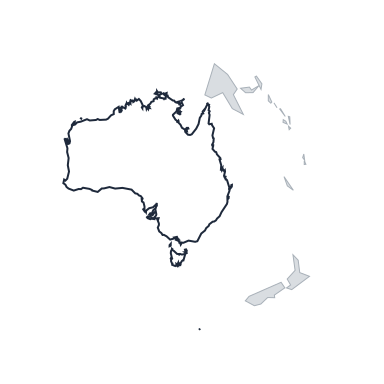 Oceania, with Australia highlighted, rotated 17°
{"feature_id": "AUS", "entity_name": "Australia", "entity_type": "country or territory", "adm_level": 0, "iso_a3": "AUS", "parent_name": "Oceania", "parent_adm1": "", "projection": "robinson", "projection_center": [137.073, -32.4], "detail": "fine", "context": "in_parent", "style": "outline", "palette": "slate", "viewbox_px": 384, "rotation_deg": 17, "n_neighbors": 5, "source": "natural_earth", "source_scale": "50m", "svg_char_len": 7328}
<svg xmlns="http://www.w3.org/2000/svg" viewBox="0 0 384 384"><g transform="rotate(17 192 192)"><path d="M175.9,62.8L191.7,69.2L205.1,80.3L203.1,86.8L218.4,102.8L206.2,100.5L192.3,88.0L183.0,96.5L175.9,95.4L175.9,62.8ZM227.2,68.1L228.0,73.7L218.5,63.6L219.7,62.3L227.2,68.1ZM221.3,79.1L214.2,81.4L208.1,78.6L216.2,74.9L219.1,77.1L225.0,70.6L221.3,79.1ZM236.5,76.5L242.0,82.6L241.4,84.0L238.3,82.5L236.5,76.5Z" fill="#d9dde1" stroke="#a8b0b8" stroke-width="1"/><path d="M290.2,129.3L292.8,132.2L291.3,132.9L290.2,129.3ZM290.4,128.6L287.8,126.8L287.8,123.0L290.4,128.6Z" fill="#d9dde1" stroke="#a8b0b8" stroke-width="1"/><path d="M275.5,150.4L288.4,160.7L281.4,158.3L275.5,150.4Z" fill="#d9dde1" stroke="#a8b0b8" stroke-width="1"/><path d="M267.7,102.1L266.7,104.0L265.1,100.9L267.7,102.1ZM263.5,91.5L266.1,98.8L262.0,91.5L263.5,91.5ZM263.1,99.2L258.7,98.8L258.1,96.1L261.0,96.9L263.1,99.2ZM252.3,86.5L259.1,92.5L251.6,87.0L252.3,86.5ZM246.9,85.0L248.7,86.6L244.3,82.8L246.9,85.0Z" fill="#d9dde1" stroke="#a8b0b8" stroke-width="1"/><path d="M329.0,238.3L315.9,256.2L310.4,256.1L313.5,252.1L308.5,247.4L313.5,236.8L306.9,222.5L313.5,226.2L318.6,237.6L329.0,238.3ZM277.1,275.1L303.6,252.3L308.8,256.5L300.9,266.5L302.0,268.9L295.2,270.8L290.6,279.0L284.9,282.5L274.8,280.5L277.1,275.1Z" fill="#d9dde1" stroke="#a8b0b8" stroke-width="1"/><path d="M185.3,109.6L185.0,111.4L186.3,113.1L187.8,121.6L188.7,122.2L190.9,121.0L191.7,122.3L194.5,124.6L195.0,131.9L196.4,134.3L197.1,134.4L197.9,138.0L197.5,141.2L198.8,142.6L199.0,144.8L202.2,146.8L203.5,146.8L204.8,148.7L209.2,151.3L209.7,152.3L208.8,152.8L212.1,157.8L213.1,162.1L213.6,161.8L214.2,162.6L214.5,160.7L216.7,162.7L217.1,161.7L217.6,162.8L217.9,167.2L219.2,168.8L222.1,170.5L226.5,177.0L226.5,178.3L227.5,179.7L227.1,185.8L228.8,191.1L228.9,193.2L226.1,202.7L225.5,207.1L223.7,210.1L223.2,212.1L221.9,213.7L220.4,214.4L218.0,217.8L217.9,219.5L216.1,222.4L215.7,225.0L213.0,229.0L211.5,237.5L209.6,238.7L202.9,239.5L198.6,243.1L196.0,243.5L196.4,244.3L197.0,244.0L196.6,245.6L195.7,244.2L194.8,244.3L194.2,243.2L192.6,242.5L193.3,241.8L193.0,241.1L192.3,241.0L190.9,242.3L189.9,241.5L190.7,241.6L191.6,240.3L190.7,239.3L188.6,240.5L189.7,240.9L185.0,243.9L180.6,241.8L177.6,241.2L176.4,241.7L174.7,240.2L172.2,239.3L169.7,236.1L170.0,233.2L169.5,231.7L166.4,227.8L167.7,227.9L167.7,226.8L164.5,228.1L163.1,227.9L164.5,225.0L164.4,223.7L162.8,220.7L161.1,225.6L157.7,226.1L158.3,224.5L159.8,224.5L160.3,220.7L162.1,217.8L161.8,215.9L162.4,215.4L161.5,212.8L161.5,214.0L159.2,218.0L155.8,220.0L153.6,223.2L153.9,224.8L153.2,224.2L152.6,224.6L150.4,222.8L150.8,222.3L151.7,222.8L150.8,219.7L148.7,216.2L146.9,215.7L146.0,213.6L146.6,213.5L146.6,212.6L144.2,210.9L142.3,210.8L140.3,209.7L138.1,209.9L133.5,207.4L124.3,208.4L117.5,211.2L111.6,211.4L106.8,214.3L104.7,215.0L101.8,219.5L96.1,219.8L95.7,219.3L93.0,219.0L86.5,219.8L85.0,221.7L82.7,222.3L78.5,225.2L72.9,224.8L70.6,223.9L68.8,222.0L66.4,221.2L66.1,217.5L67.6,218.1L68.8,215.8L68.4,208.4L65.4,202.7L64.1,195.6L60.9,190.3L60.1,186.6L56.2,180.8L56.8,181.1L56.9,180.3L58.0,182.7L59.0,182.4L59.1,181.5L56.9,178.4L57.1,177.9L58.3,179.0L58.5,180.5L59.0,179.9L59.7,181.5L60.1,181.8L60.6,181.3L60.5,179.1L56.7,172.1L56.9,169.2L58.0,167.0L58.1,164.4L57.5,163.1L58.9,159.3L59.3,159.0L59.5,162.3L60.5,161.6L61.8,159.0L65.0,157.3L70.3,153.1L73.3,153.5L79.1,151.2L80.5,149.8L82.6,150.1L88.7,147.9L90.2,146.5L92.2,142.3L94.4,140.4L93.5,137.6L94.0,135.5L97.0,132.0L99.7,137.5L99.8,135.0L100.8,135.5L101.0,134.5L99.3,132.3L99.8,131.9L99.7,131.0L100.3,130.8L100.9,131.8L101.7,131.2L104.8,131.9L103.2,131.4L104.3,129.2L103.6,129.7L103.1,128.7L103.3,127.3L103.8,127.3L104.4,126.2L106.0,127.1L106.1,126.4L105.3,126.4L105.0,125.7L105.9,124.9L107.3,125.5L106.5,123.4L108.2,122.3L108.4,121.1L108.6,122.5L109.3,122.2L109.6,123.0L110.2,122.3L110.3,119.7L111.2,120.7L111.8,120.0L112.5,120.7L114.0,118.6L116.4,120.0L119.7,123.6L119.2,126.5L119.5,126.0L120.0,126.4L119.6,125.1L121.3,123.7L123.5,124.3L124.2,125.7L124.4,124.2L126.0,125.6L126.0,124.1L126.9,124.0L125.8,123.1L126.2,122.6L124.8,121.8L126.3,119.8L126.8,117.7L128.7,116.4L128.3,114.6L129.3,113.3L130.2,113.1L130.2,112.0L131.3,112.6L131.3,111.7L133.2,110.2L133.8,111.2L137.4,110.8L138.1,111.3L138.5,110.5L139.4,110.5L139.2,108.1L135.5,106.4L136.1,105.8L136.9,106.4L137.7,106.0L139.2,107.4L140.5,106.9L141.5,108.4L146.9,110.1L148.2,109.8L149.6,110.8L150.4,111.0L153.5,109.0L152.5,110.9L153.8,110.8L154.2,112.0L155.0,112.0L155.0,110.5L156.2,109.6L158.0,111.6L156.2,113.8L156.4,114.9L155.8,116.0L155.1,115.5L153.5,116.4L153.6,119.5L151.2,123.7L151.4,124.5L155.1,127.7L156.9,128.3L157.3,129.3L158.2,129.3L161.3,131.0L163.6,133.5L167.0,134.4L168.0,136.5L171.4,138.4L173.5,138.0L174.9,136.9L177.5,130.2L178.4,125.1L177.8,118.8L178.6,116.2L178.4,114.6L179.8,113.6L178.7,112.3L178.8,111.6L179.6,109.7L180.0,110.1L180.9,104.6L182.2,103.4L182.8,103.6L182.6,104.2L183.6,105.4L184.0,109.0L185.3,109.6ZM189.5,253.1L191.8,253.6L195.9,255.6L197.6,255.1L198.1,255.6L198.7,254.7L200.6,254.8L202.7,253.7L203.7,254.0L203.8,260.8L203.4,259.6L202.5,261.0L202.0,263.0L202.2,265.4L201.4,265.7L200.9,264.7L201.5,264.3L200.6,263.9L200.1,264.8L199.5,263.6L199.2,265.7L198.2,265.4L198.5,266.0L197.6,267.7L194.3,267.4L194.2,266.5L195.0,266.2L193.7,266.1L192.2,264.3L191.2,260.8L192.2,262.1L192.5,261.5L191.7,260.4L191.3,260.7L191.4,259.8L189.6,256.7L189.2,254.7L189.5,253.1ZM130.2,106.7L133.0,105.8L134.2,107.0L131.7,109.5L129.7,107.9L129.1,105.8L130.2,106.7ZM160.7,228.6L162.1,228.5L162.9,229.1L161.0,229.4L160.1,230.2L157.2,230.0L156.3,229.3L156.7,228.6L159.6,227.8L160.6,228.0L160.7,228.6ZM157.0,118.9L157.7,118.8L157.1,120.2L158.0,120.8L157.7,121.3L155.3,120.9L155.7,119.2L156.7,118.2L157.0,118.9ZM227.2,178.6L226.8,177.6L227.1,175.8L228.0,174.9L227.6,173.9L228.1,173.5L228.5,175.2L227.2,178.6ZM203.1,248.6L204.2,249.7L204.2,250.7L203.4,251.1L202.1,249.2L203.1,248.6ZM128.8,106.5L130.1,108.9L127.7,108.8L128.8,106.5ZM186.4,250.4L186.1,249.3L186.8,247.7L187.3,249.6L186.4,250.4ZM170.0,132.4L168.8,133.2L167.6,133.6L168.2,132.2L169.5,131.8L170.0,132.4ZM56.1,180.1L55.1,178.8L55.0,177.5L56.1,180.1ZM204.3,251.3L204.8,251.9L204.5,252.2L203.0,251.7L204.3,251.3ZM218.7,167.5L219.6,167.5L219.6,168.8L218.7,167.5ZM198.6,141.0L198.8,141.9L198.6,142.3L197.8,141.1L198.6,141.0ZM199.3,266.0L199.4,267.1L198.6,266.8L199.3,266.0ZM228.8,187.1L228.4,188.4L228.4,186.9L228.8,187.1ZM138.8,106.4L138.4,105.0L138.8,104.7L139.0,105.7L138.8,106.4ZM157.1,105.8L156.1,107.1L157.2,104.9L157.1,105.8ZM228.5,186.5L228.2,185.6L228.5,185.0L228.5,186.5ZM158.6,128.8L158.0,128.4L158.2,127.8L158.5,128.2L158.6,128.8ZM155.0,118.8L154.4,118.9L154.8,118.2L155.0,118.8ZM64.7,153.2L64.6,154.2L64.3,154.1L64.7,153.2ZM181.4,103.4L181.0,103.7L180.7,103.1L181.0,102.8L181.4,103.4ZM193.0,241.6L192.4,241.9L192.2,241.8L192.3,241.4L193.0,241.6ZM239.5,320.8L239.0,321.7L239.6,320.3L239.5,320.8ZM155.9,107.4L154.6,108.2L155.9,107.2L155.9,107.4ZM106.6,122.2L106.1,122.8L106.4,122.1L106.6,122.2ZM200.0,265.8L199.4,265.4L199.7,265.0L199.8,265.2L200.0,265.8ZM169.4,135.3L168.7,135.3L169.1,134.8L169.4,135.3ZM104.0,126.6L103.7,127.0L103.6,126.2L104.0,126.6ZM191.9,242.1L192.5,242.6L191.5,242.5L191.9,242.1ZM214.1,160.6L213.8,160.6L214.0,160.1L214.1,160.6ZM189.8,252.3L189.7,252.7L189.5,252.2L189.8,252.3Z" fill="none" stroke="#1e293b" stroke-width="2"/></g></svg>